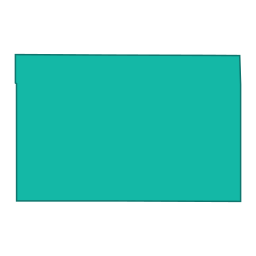 Beadle, South Dakota, United States of America
{"feature_id": "52423323B64363229098569", "entity_name": "Beadle", "entity_type": "district", "adm_level": 2, "iso_a3": "USA", "parent_name": "United States of America", "parent_adm1": "South Dakota", "projection": "natural_earth1", "projection_center": [-98.339, 44.415], "detail": "fine", "context": "isolated", "style": "filled", "palette": "teal", "viewbox_px": 256, "rotation_deg": 0, "n_neighbors": 0, "source": "geoboundaries", "source_scale": "gbopen_adm2", "svg_char_len": 251}
<svg xmlns="http://www.w3.org/2000/svg" viewBox="0 0 256 256"><path d="M15.4,54.6L15.4,83.0L16.5,83.6L16.6,200.9L114.1,200.9L240.6,201.4L240.6,84.6L239.7,55.6L207.6,55.4L111.5,55.1L15.4,54.6Z" fill="#14b8a6" stroke="#0f766e" stroke-width="1.5"/></svg>